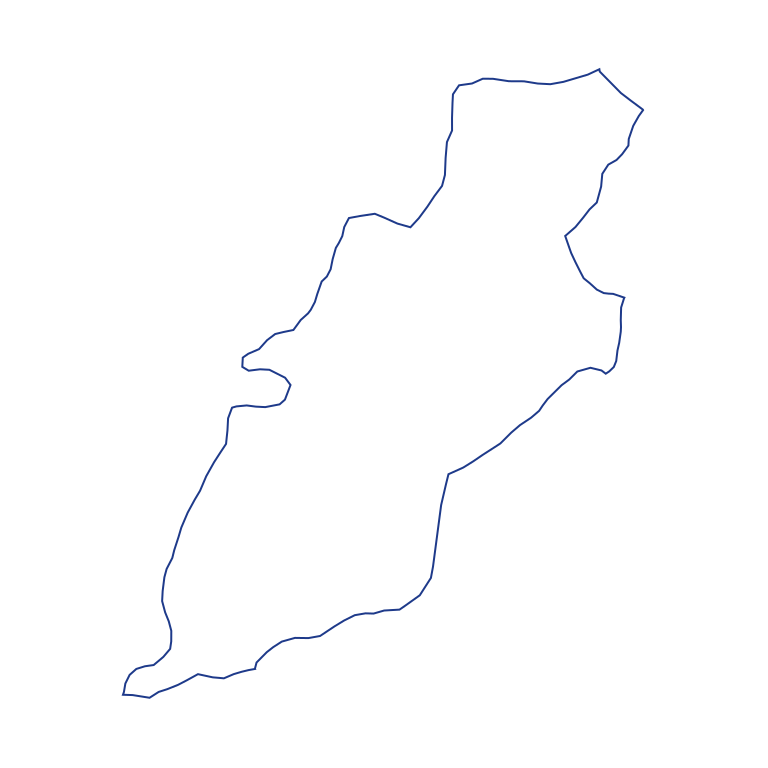 outline of Hajigabul District, Hajigabul, Azerbaijan, rotated 93°
{"feature_id": "54616110B48173541517146", "entity_name": "Hajigabul District", "entity_type": "district", "adm_level": 2, "iso_a3": "AZE", "parent_name": "Azerbaijan", "parent_adm1": "Hajigabul", "projection": "equal_earth", "projection_center": [48.908, 40.107], "detail": "fine", "context": "isolated", "style": "outline", "palette": "blue", "viewbox_px": 768, "rotation_deg": 93, "n_neighbors": 0, "source": "geoboundaries", "source_scale": "gbopen_adm2", "svg_char_len": 2425}
<svg xmlns="http://www.w3.org/2000/svg" viewBox="0 0 768 768"><g transform="rotate(93 384 384)"><path d="M362.1,163.1L359.6,159.7L355.0,155.4L348.9,153.3L338.3,152.6L330.7,151.3L319.4,150.3L314.8,150.3L307.8,150.9L295.2,151.2L285.9,148.8L285.2,148.5L282.0,159.9L282.0,164.4L281.7,169.3L278.6,176.4L272.5,183.9L268.0,190.1L261.6,193.9L252.3,199.2L243.5,203.9L238.2,206.1L226.7,210.8L217.2,201.0L207.3,193.7L198.9,187.9L191.6,181.0L175.5,177.5L162.7,177.0L153.2,171.5L148.1,163.5L142.0,158.2L133.1,152.4L126.5,152.4L113.1,148.6L102.9,143.5L96.9,139.6L96.4,139.9L87.8,152.8L81.0,162.7L60.7,184.9L58.4,185.4L64.4,196.7L72.9,220.7L75.9,233.6L75.9,246.2L74.4,260.1L75.1,275.1L73.5,291.3L74.0,301.4L79.3,311.8L81.8,324.7L86.1,327.3L91.1,330.3L98.6,330.3L99.6,330.3L114.5,330.0L127.3,329.3L139.1,333.8L155.0,334.3L172.1,334.1L183.1,336.4L193.7,343.5L204.7,350.0L216.6,357.9L226.1,365.8L223.1,379.0L217.8,392.7L214.5,402.1L217.5,416.8L220.1,427.7L229.3,431.9L238.5,433.4L245.6,436.5L250.6,439.2L262.0,441.8L272.2,443.3L279.7,446.7L284.9,451.6L297.5,455.3L305.7,457.3L313.7,461.0L317.4,463.5L324.4,470.5L334.8,477.3L337.3,486.9L339.8,495.3L346.3,503.0L355.7,510.6L360.9,521.1L365.0,526.4L373.6,526.4L374.3,526.4L377.8,519.8L375.8,508.6L375.8,499.2L382.9,483.1L389.9,477.3L404.8,482.1L409.8,487.2L413.3,501.4L413.3,510.9L412.6,520.0L413.1,523.4L414.1,530.2L415.5,534.3L415.6,534.5L426.4,537.9L438.5,537.9L452.1,538.6L460.4,543.5L471.0,549.6L485.4,556.7L500.2,562.1L509.3,566.9L522.7,573.3L538.0,578.9L547.6,581.2L561.0,584.8L568.8,586.3L580.1,591.4L588.5,593.2L602.3,594.2L612.4,594.2L623.5,590.6L632.3,586.5L641.6,583.5L652.2,583.0L659.7,583.7L668.1,590.1L676.7,599.3L678.4,608.0L681.5,616.4L687.8,622.8L696.6,626.6L705.2,627.6L708.0,628.4L707.8,618.8L709.6,601.7L703.3,592.9L700.1,584.5L695.2,573.9L690.2,565.4L683.5,554.6L685.9,539.7L686.1,533.6L686.3,528.5L681.6,518.9L678.8,511.0L676.8,504.3L675.3,497.9L675.1,498.0L668.8,496.7L658.0,487.1L652.6,480.9L646.6,472.6L642.2,459.6L641.7,446.2L639.0,434.7L628.6,420.7L622.3,411.5L616.4,401.1L614.0,390.5L613.8,382.4L610.2,372.0L608.5,356.7L604.1,351.0L593.1,337.2L575.2,327.0L563.8,325.5L501.9,320.6L480.6,316.8L470.7,314.9L463.3,300.5L456.6,290.9L449.8,282.0L443.1,272.7L437.3,264.7L425.9,254.4L417.9,246.0L410.0,235.4L402.7,227.7L397.2,224.4L390.4,219.8L375.9,206.6L369.8,199.2L361.4,191.6L357.0,178.7L359.1,167.5L362.1,163.1Z" fill="none" stroke="#1e3a8a" stroke-width="2"/></g></svg>